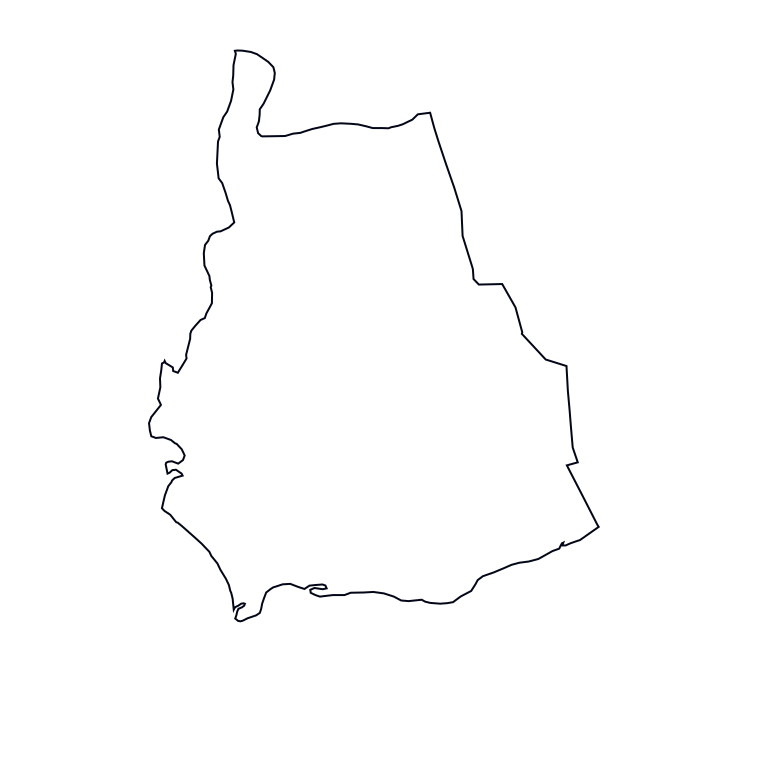 Tama, Suhaj, Egypt (orthographic projection), rotated 109°
{"feature_id": "37247803B5321471482777", "entity_name": "Tama", "entity_type": "district", "adm_level": 2, "iso_a3": "EGY", "parent_name": "Egypt", "parent_adm1": "Suhaj", "projection": "orthographic", "projection_center": [31.431, 26.874], "detail": "fine", "context": "isolated", "style": "outline", "palette": "ink", "viewbox_px": 768, "rotation_deg": 109, "n_neighbors": 0, "source": "geoboundaries", "source_scale": "gbopen_adm2", "svg_char_len": 3550}
<svg xmlns="http://www.w3.org/2000/svg" viewBox="0 0 768 768"><g transform="rotate(109 384 384)"><path d="M112.5,428.7L118.0,439.8L124.3,443.0L125.3,443.7L127.9,446.4L132.3,450.8L135.4,454.9L139.0,461.0L140.7,462.9L142.6,469.0L145.7,478.0L146.1,484.3L147.0,493.0L148.7,499.8L151.5,509.5L154.4,516.3L158.0,521.7L161.6,527.3L166.2,534.8L170.7,540.9L173.8,544.9L176.9,551.5L181.7,558.2L189.5,579.7L189.5,580.9L187.8,584.7L182.8,587.9L179.5,587.8L176.3,587.8L169.7,589.3L164.7,590.9L158.2,589.1L143.5,587.2L132.0,587.0L125.5,588.5L120.5,591.7L118.8,595.0L118.4,595.8L117.1,598.3L113.5,611.4L113.4,618.0L114.9,626.3L116.4,631.2L117.5,633.5L120.0,631.6L131.5,630.1L141.4,627.0L148.0,625.5L154.6,622.3L166.1,620.8L177.5,621.0L184.1,622.8L190.6,622.9L197.2,623.0L203.8,619.8L208.7,619.9L230.1,613.7L236.7,610.5L243.4,607.3L246.7,602.4L255.0,595.9L261.7,591.1L265.0,587.9L270.0,584.6L275.0,581.4L280.0,578.2L283.2,579.9L286.5,581.6L291.3,586.6L292.9,588.3L293.7,590.1L294.5,591.7L296.1,593.3L297.7,595.0L300.9,596.7L305.8,596.8L308.1,597.6L310.7,598.5L318.9,597.0L330.5,592.3L335.4,587.5L338.8,584.2L342.2,582.6L347.1,579.3L348.8,579.4L353.8,576.2L363.7,573.0L375.1,574.9L380.0,574.9L381.6,576.6L383.2,578.3L387.7,580.2L389.3,580.9L391.3,581.7L396.2,583.5L399.5,583.5L404.4,582.0L420.9,580.6L424.2,579.0L431.2,580.5L440.5,582.6L440.4,584.2L440.4,587.5L437.1,589.1L435.3,597.3L433.6,598.9L435.2,599.0L436.9,600.6L440.4,599.8L443.4,599.1L451.7,597.6L459.9,594.4L471.4,593.0L474.7,589.7L476.4,588.1L491.1,593.3L497.6,593.4L504.2,590.2L509.2,587.0L509.2,585.4L509.3,582.1L506.2,575.4L506.2,572.1L506.3,567.2L508.1,562.3L508.1,560.6L511.5,554.1L514.7,550.9L516.5,549.2L521.4,549.3L526.3,552.7L526.1,559.3L527.7,562.6L529.3,564.3L531.0,564.3L539.2,559.5L537.6,557.8L534.4,556.1L532.8,552.8L534.6,546.2L536.2,544.6L541.0,551.3L544.3,553.0L545.9,553.0L550.8,554.7L555.7,554.8L560.6,554.9L565.6,554.4L573.8,553.5L575.5,550.2L577.2,543.6L578.5,541.5L580.3,538.7L582.3,535.5L582.3,533.8L584.1,528.9L587.5,520.7L590.9,512.5L594.4,504.3L596.1,501.1L599.5,494.5L602.8,491.3L607.9,483.1L612.9,478.2L619.6,470.1L624.6,465.2L629.6,462.0L631.3,460.4L636.3,457.2L646.3,452.6L643.6,452.2L640.9,449.5L638.1,447.4L637.1,445.4L637.1,444.0L639.1,444.0L641.5,445.7L643.9,448.4L646.7,448.7L650.8,448.3L654.2,448.3L655.5,444.8L655.1,442.4L653.7,440.4L649.9,436.7L644.4,429.6L640.9,426.9L636.8,426.9L631.4,427.7L625.3,427.7L619.5,427.5L614.7,424.4L612.2,422.4L612.0,422.1L611.7,421.7L610.6,420.1L606.4,414.6L605.0,411.2L603.5,407.6L603.8,399.4L603.7,392.5L598.9,388.8L596.4,383.4L593.6,376.9L593.6,373.8L595.9,371.7L598.0,375.1L599.5,383.3L602.6,386.7L605.3,385.3L605.9,380.2L605.9,375.4L600.3,363.8L596.4,352.6L592.2,347.5L587.7,335.2L584.1,326.4L582.0,315.8L582.0,314.3L582.0,314.2L581.8,305.5L583.1,297.3L581.3,290.1L575.7,278.1L576.4,274.3L575.9,268.9L573.4,259.3L570.6,252.8L567.8,247.7L559.9,242.3L551.3,234.2L543.5,232.3L539.0,231.6L537.9,230.9L533.5,227.9L526.6,219.1L519.4,211.0L513.5,204.6L508.9,197.8L504.7,189.3L499.2,181.1L487.1,170.3L482.6,164.7L479.8,164.4L476.7,163.9L475.6,162.8L478.6,162.8L477.5,159.7L473.8,155.7L469.0,149.6L467.9,148.0L457.1,140.2L449.2,134.5L448.5,135.4L447.3,136.8L427.8,157.0L401.4,184.6L395.0,175.3L382.6,184.9L361.4,194.3L349.2,199.6L330.2,208.1L326.0,209.8L307.6,217.3L308.2,239.1L291.7,270.0L290.1,270.1L268.8,284.6L268.0,285.5L251.0,304.8L259.1,326.7L255.6,333.5L246.6,337.3L245.1,338.3L218.4,357.9L195.3,367.0L175.5,381.5L157.2,395.9L155.8,397.0L136.6,411.7L125.6,419.8L112.5,428.7Z" fill="none" stroke="#020617" stroke-width="2"/></g></svg>